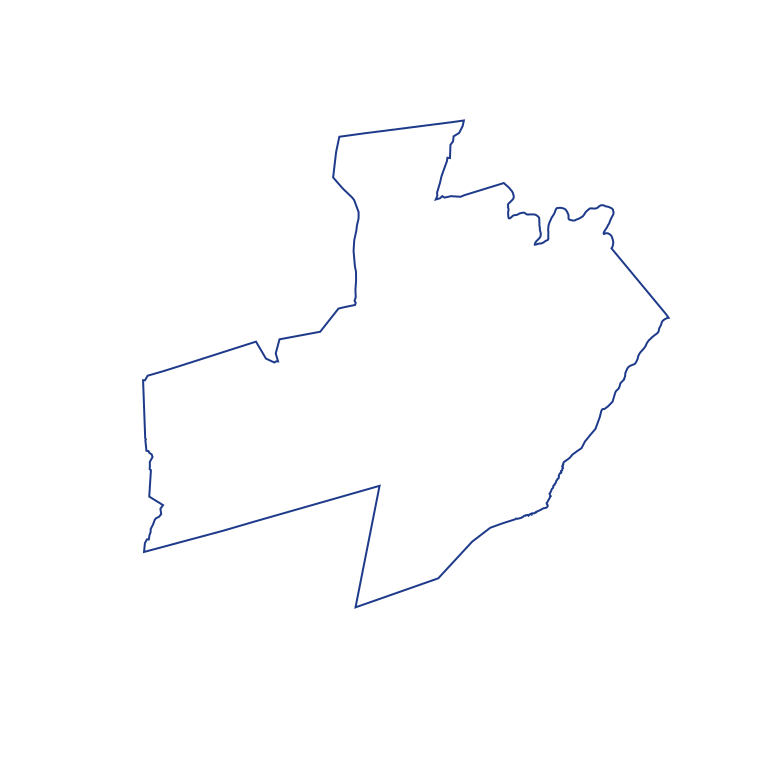 Candela, Coahuila, Mexico (Equal Earth projection), rotated 32°
{"feature_id": "50627088B44325844146536", "entity_name": "Candela", "entity_type": "district", "adm_level": 2, "iso_a3": "MEX", "parent_name": "Mexico", "parent_adm1": "Coahuila", "projection": "equal_earth", "projection_center": [-100.597, 26.828], "detail": "fine", "context": "isolated", "style": "outline", "palette": "blue", "viewbox_px": 768, "rotation_deg": 32, "n_neighbors": 0, "source": "geoboundaries", "source_scale": "gbopen_adm2", "svg_char_len": 6021}
<svg xmlns="http://www.w3.org/2000/svg" viewBox="0 0 768 768"><g transform="rotate(32 384 384)"><path d="M269.5,653.6L325.6,593.4L347.6,568.7L384.4,527.9L434.2,472.7L478.2,588.5L533.0,520.0L542.3,471.0L550.3,449.6L558.3,439.4L566.9,429.3L567.3,428.1L568.4,427.8L571.3,424.8L571.7,423.8L572.1,423.5L572.6,421.8L573.8,420.2L574.1,420.3L574.3,419.7L575.5,418.8L576.3,419.1L576.4,418.8L576.6,417.5L576.8,417.5L577.3,416.5L577.8,416.5L577.7,416.3L578.0,416.2L577.8,416.0L577.9,415.7L578.1,415.9L578.0,415.6L578.3,415.3L578.8,415.0L579.7,414.0L579.9,414.0L580.8,412.7L580.6,412.4L581.0,412.0L580.9,411.8L580.9,411.5L581.5,410.9L582.4,409.5L583.9,407.1L584.8,405.3L587.3,402.8L587.6,401.1L587.0,400.0L585.9,399.6L585.0,398.8L585.2,397.6L584.9,395.0L585.0,394.2L584.9,393.4L584.8,392.9L584.9,392.5L584.5,391.5L584.8,390.7L583.3,390.0L582.6,389.3L582.7,389.2L582.7,388.6L582.7,388.3L582.6,388.0L582.5,387.7L582.4,387.4L582.5,387.0L582.5,386.3L582.4,386.0L582.0,384.5L582.0,384.2L582.0,383.8L582.1,383.6L582.3,383.2L582.4,382.7L582.1,381.5L581.7,381.0L581.6,380.6L581.6,380.2L581.7,379.8L582.1,379.3L582.1,379.0L581.8,378.5L581.8,378.2L581.8,377.9L581.9,377.7L582.0,377.1L582.0,376.9L581.9,376.4L581.7,375.3L581.4,374.5L581.6,373.9L581.6,373.7L581.5,373.2L581.6,372.8L581.6,372.4L581.8,371.9L582.0,371.7L582.0,371.3L581.8,371.0L581.7,370.5L581.6,370.2L581.4,369.9L581.0,369.5L580.9,369.3L580.8,368.8L580.6,368.1L580.6,367.9L580.6,366.4L580.7,366.2L580.8,365.9L581.2,365.7L581.3,365.6L581.3,365.4L581.2,365.4L581.0,365.2L580.6,364.6L580.3,364.2L580.2,364.1L580.3,363.8L580.8,363.2L580.8,362.8L580.8,362.5L580.3,361.8L580.2,361.5L580.1,361.2L580.1,360.9L580.2,360.6L580.3,360.4L580.3,360.2L580.2,360.1L579.9,359.8L579.5,359.7L579.1,359.7L578.9,359.6L578.7,359.3L578.8,359.0L578.8,358.8L578.7,358.7L578.7,358.4L578.9,357.7L578.8,357.4L578.7,357.3L578.3,357.2L577.9,355.0L580.2,349.4L580.8,347.5L581.1,344.3L583.4,338.5L585.5,333.8L584.9,326.3L586.0,317.5L587.1,309.9L584.5,297.6L582.5,291.5L582.6,289.6L584.2,288.3L585.7,284.7L587.2,277.9L584.7,268.8L584.5,267.2L585.4,263.5L585.1,261.4L584.1,258.1L585.2,252.9L584.8,252.6L584.8,252.4L584.8,251.7L584.7,251.1L584.5,250.1L584.1,249.2L583.4,247.8L583.0,247.2L582.8,246.3L582.3,243.0L582.2,242.4L582.2,241.1L582.3,240.2L582.4,239.7L582.9,238.6L584.1,236.7L585.7,234.7L586.0,234.1L586.2,233.5L586.2,233.1L586.1,232.0L586.1,230.3L585.9,229.4L585.8,228.6L585.4,227.2L584.9,225.8L584.7,224.7L584.6,223.7L584.6,221.8L584.7,221.0L584.8,220.3L585.4,217.2L585.7,215.2L585.7,214.5L585.7,214.0L585.7,213.3L585.6,212.5L585.4,211.1L585.3,210.2L585.3,208.7L585.4,207.3L585.5,206.3L586.1,204.4L586.4,202.8L586.7,201.9L587.5,199.5L587.8,198.7L588.4,197.4L588.6,196.8L588.8,196.3L589.0,195.4L589.0,194.7L589.0,194.0L588.9,193.4L588.6,192.9L588.3,192.1L587.9,190.7L587.8,189.6L587.7,187.6L587.5,186.6L586.9,184.6L586.8,184.1L586.8,183.6L586.9,182.8L587.1,182.1L587.3,181.4L587.7,180.5L588.0,179.9L588.4,179.3L588.8,178.6L589.2,178.1L590.3,177.1L586.1,175.3L505.0,148.4L505.1,146.9L504.7,145.4L504.0,143.6L503.4,142.3L502.4,141.3L501.3,140.1L499.8,139.0L498.8,138.1L497.3,137.6L495.5,137.4L494.0,137.6L492.8,138.2L492.1,138.8L491.1,140.2L490.4,139.9L490.0,138.1L490.0,135.3L490.1,132.6L489.8,130.8L489.9,128.6L489.3,126.1L488.8,122.5L488.7,120.5L488.6,118.7L487.7,116.7L486.6,115.8L485.9,114.9L484.4,114.4L482.7,114.5L481.2,114.7L479.9,115.0L478.0,115.8L476.9,116.0L475.9,116.0L474.9,116.5L473.9,116.9L472.9,118.0L472.3,119.4L471.5,121.8L470.6,122.8L469.6,123.7L466.3,125.4L465.4,126.4L464.9,127.9L464.4,129.5L464.0,131.2L463.9,132.6L464.0,134.0L463.8,135.4L463.8,136.2L463.2,137.6L462.1,139.7L461.3,141.0L460.4,142.1L459.6,143.3L459.1,144.2L458.1,145.0L457.0,145.5L454.5,146.3L453.5,146.3L452.7,145.8L451.7,144.1L450.9,142.9L448.3,141.1L446.8,140.3L445.2,139.8L443.6,139.9L441.8,140.4L440.2,141.1L437.5,143.1L437.2,144.3L437.4,145.9L437.7,147.2L438.0,148.4L438.1,150.0L438.1,152.0L438.0,154.1L438.3,155.9L438.7,159.2L439.2,161.1L439.7,162.8L440.8,164.9L441.4,166.2L442.8,167.9L444.7,171.1L445.4,172.3L446.4,173.6L446.5,174.2L446.5,175.2L446.1,175.7L445.6,176.4L444.9,177.8L444.4,179.1L443.7,180.4L442.9,181.4L442.2,182.0L441.2,182.6L439.8,184.3L438.9,185.2L438.1,185.9L437.7,185.3L437.5,184.0L437.5,182.4L437.9,180.6L438.3,178.9L438.5,177.6L438.6,176.5L438.2,175.2L437.5,173.7L436.8,172.8L435.7,171.8L434.6,170.8L433.5,169.1L431.5,166.8L430.5,165.1L429.3,163.5L428.4,162.0L427.4,160.8L426.4,160.5L425.2,160.2L423.6,160.1L422.1,160.4L420.7,161.1L418.7,162.3L416.0,164.2L414.4,164.6L413.3,164.4L412.1,164.4L411.3,164.9L408.7,167.3L408.1,168.4L407.5,169.5L406.9,170.4L405.0,171.8L404.2,172.9L403.8,174.3L403.5,175.4L403.2,176.3L402.7,177.0L402.0,177.3L401.3,176.8L400.0,175.2L398.8,173.5L398.0,172.0L397.3,170.3L396.6,169.3L395.6,168.6L395.2,167.6L394.3,166.7L394.0,165.4L394.2,164.2L394.9,161.6L395.4,159.1L395.4,157.8L394.9,156.6L394.0,155.4L391.8,153.5L390.3,152.7L388.1,152.0L386.1,151.3L383.9,150.9L379.1,150.1L352.1,181.3L349.8,184.6L341.1,189.3L340.2,190.3L336.5,193.9L333.9,193.8L333.0,196.9L330.1,200.1L329.5,196.2L327.6,193.6L324.9,183.8L322.6,177.1L319.2,161.4L317.9,158.5L320.2,157.4L313.6,145.9L314.0,141.7L311.8,137.1L314.7,131.2L314.0,123.6L312.1,118.2L302.8,126.0L234.4,181.9L215.1,198.0L220.4,212.5L231.4,235.8L245.5,240.1L258.1,242.7L261.3,243.9L271.4,251.7L274.7,257.1L276.9,263.5L279.5,269.2L282.5,277.7L287.7,287.3L296.8,299.4L300.8,303.7L305.4,310.9L309.9,319.3L314.1,325.5L314.9,329.0L316.9,330.1L317.6,332.3L309.3,340.2L305.4,344.2L302.2,373.5L271.7,401.5L276.0,415.5L282.2,421.0L280.7,421.8L279.5,423.9L270.4,425.0L253.0,415.9L199.1,479.5L190.8,489.2L179.1,502.3L179.2,503.2L179.3,507.6L177.7,508.5L210.2,556.5L211.4,557.2L211.4,558.1L217.9,566.5L219.9,565.7L221.5,566.8L224.2,566.8L226.4,568.5L226.7,574.2L229.2,578.1L230.4,580.4L232.0,580.6L244.6,603.9L260.8,603.8L260.5,608.3L264.0,612.4L263.6,615.7L261.7,619.0L261.6,620.9L262.6,625.7L263.0,630.7L264.5,633.1L265.2,636.4L266.9,640.5L265.3,641.4L265.6,645.7L269.5,653.6Z" fill="none" stroke="#1e3a8a" stroke-width="2"/></g></svg>